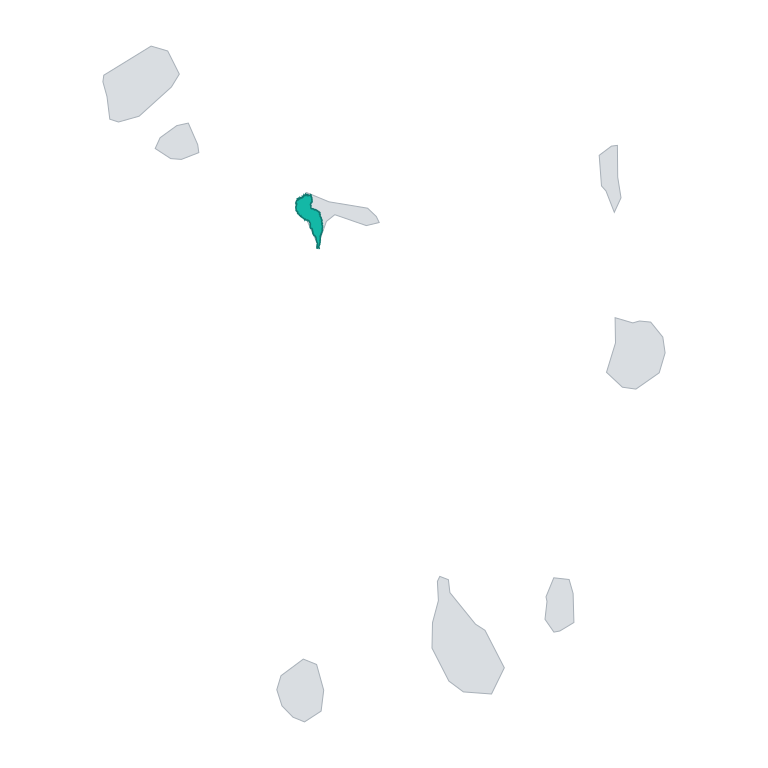 Sao Francisco De Assis, Tarrafal de São Nicolau, Cabo Verde (highlighted)
{"feature_id": "66160863B96931694342339", "entity_name": "Sao Francisco De Assis", "entity_type": "district", "adm_level": 2, "iso_a3": "CPV", "parent_name": "Cabo Verde", "parent_adm1": "Tarrafal de São Nicolau", "projection": "equal_earth", "projection_center": [-24.37, 16.575], "detail": "fine", "context": "in_parent", "style": "filled", "palette": "teal", "viewbox_px": 768, "rotation_deg": 0, "n_neighbors": 0, "source": "geoboundaries", "source_scale": "gbopen_adm2", "svg_char_len": 6170}
<svg xmlns="http://www.w3.org/2000/svg" viewBox="0 0 768 768"><path d="M504.3,667.8L491.5,694.0L463.4,691.9L448.9,681.1L432.0,648.1L432.5,622.7L438.4,600.6L437.4,581.4L439.8,576.4L448.4,579.7L449.9,592.6L475.5,624.2L485.0,630.3L504.3,667.8ZM139.1,116.2L118.5,122.0L109.8,119.2L107.0,96.6L102.9,81.8L103.8,75.2L151.1,46.1L167.7,51.0L179.3,74.1L171.4,87.0L139.1,116.2ZM615.1,317.7L632.8,322.9L639.5,321.0L650.7,322.1L662.8,337.1L665.1,352.9L659.2,372.8L635.9,389.1L622.4,387.2L606.5,372.3L615.5,342.9L615.1,317.7ZM321.1,711.1L304.5,721.9L293.0,717.2L282.0,705.9L276.8,689.7L281.0,675.7L303.3,659.1L316.6,664.5L323.7,690.2L321.1,711.1ZM367.6,208.2L376.3,216.5L379.2,222.5L366.3,225.6L334.8,214.7L326.4,221.4L318.0,244.9L302.0,209.3L303.1,196.3L306.5,192.5L328.9,201.8L367.6,208.2ZM559.8,631.0L553.9,632.1L545.0,619.3L547.0,601.5L546.0,596.8L553.8,577.8L569.1,579.5L573.1,593.5L573.9,622.5L559.8,631.0ZM198.8,152.6L181.4,159.4L170.7,158.6L155.2,148.5L160.1,137.7L176.8,125.6L188.3,123.1L197.7,144.6L198.8,152.6ZM621.0,197.8L614.3,212.3L606.0,191.0L601.5,185.9L599.2,155.3L611.5,146.1L617.4,145.4L617.7,177.1L621.0,197.8Z" fill="#d9dde1" stroke="#a8b0b8" stroke-width="1"/><path d="M310.8,194.2L310.8,194.7L310.7,194.6L310.5,194.9L309.7,195.4L309.2,195.4L308.5,195.6L308.4,195.4L308.3,195.5L308.1,195.3L308.0,195.1L307.9,195.2L307.9,194.9L307.7,194.9L307.6,194.6L307.4,194.6L307.2,194.5L306.9,194.7L306.9,194.8L306.6,194.6L306.4,194.8L306.3,194.6L306.0,194.5L305.9,194.4L305.9,194.5L305.8,194.4L305.8,194.5L305.7,194.5L305.8,194.5L305.7,194.9L305.7,194.7L305.6,195.2L305.3,194.9L305.1,194.9L305.0,194.7L305.0,194.9L304.8,195.1L304.7,195.2L304.7,195.3L304.8,195.3L304.5,195.5L304.2,195.3L304.0,195.1L304.0,195.6L303.9,195.6L303.6,195.7L303.7,196.0L303.6,196.4L303.4,196.6L303.2,196.6L302.8,196.6L302.6,196.9L302.4,196.7L302.4,197.0L302.7,197.3L302.4,197.5L302.3,197.4L302.4,197.6L302.2,197.7L302.0,197.9L301.9,197.9L301.7,197.8L301.4,198.1L301.2,198.1L301.1,197.9L301.1,198.0L300.9,198.0L300.9,197.7L300.5,197.8L300.4,197.9L300.2,197.7L300.2,198.2L299.8,198.5L299.8,198.8L299.6,198.9L299.5,198.5L299.2,198.7L299.0,198.9L298.9,198.8L298.9,198.6L298.8,198.3L298.6,198.5L298.6,198.8L298.5,198.6L298.3,198.5L298.2,198.4L298.1,198.5L297.9,198.8L297.4,198.8L297.5,199.1L297.9,199.2L298.1,199.5L297.9,200.1L297.5,200.0L297.3,199.9L297.4,199.7L297.2,199.8L297.1,200.0L296.9,200.4L296.8,200.5L296.7,200.7L296.5,201.1L296.4,201.2L296.4,201.3L296.2,201.7L296.2,201.8L296.2,202.2L296.2,202.4L296.1,202.6L295.9,202.8L296.0,203.0L295.9,203.1L296.1,203.3L295.9,203.3L296.0,203.7L296.1,203.8L295.9,203.8L296.1,203.8L296.1,204.1L296.3,204.8L296.2,205.3L296.4,205.7L296.2,206.4L295.9,206.6L295.8,207.1L295.9,207.7L295.9,207.9L295.9,208.0L296.0,208.0L296.1,208.3L296.1,209.5L296.1,209.9L296.2,210.0L296.1,210.6L296.7,211.2L297.2,211.2L297.6,211.6L297.8,212.4L297.6,212.7L297.6,212.8L297.5,212.7L297.5,212.9L297.6,213.2L297.9,213.6L298.0,213.6L298.2,213.9L298.7,213.9L299.6,215.4L300.4,215.9L300.5,216.1L300.7,216.3L300.8,216.2L300.8,216.4L301.0,216.4L301.3,216.6L301.9,217.1L302.0,217.4L302.3,217.5L302.6,217.7L303.1,218.0L304.2,218.9L304.3,219.1L304.6,219.5L304.8,219.5L305.0,219.7L305.0,219.8L305.1,219.7L305.1,219.8L305.3,219.7L306.0,220.0L306.5,220.1L307.0,220.0L307.6,220.1L308.4,220.5L308.6,220.7L308.5,220.8L308.8,220.8L309.3,221.3L309.7,222.3L309.7,222.5L310.2,223.0L310.4,223.6L310.4,223.8L310.1,224.0L309.9,223.8L310.1,224.3L310.4,224.6L310.4,224.9L310.4,225.2L310.2,225.5L310.4,226.6L310.2,227.0L310.2,227.3L310.4,227.7L310.5,227.9L310.5,228.1L310.7,228.3L311.1,228.4L311.3,228.6L311.5,228.6L311.8,228.4L312.0,228.7L312.2,228.9L312.1,229.1L312.2,229.5L312.5,230.0L312.4,230.8L312.8,231.4L312.8,231.6L312.8,232.0L312.7,232.2L312.7,232.4L312.8,232.5L313.0,232.8L312.9,233.0L313.0,233.4L312.9,233.5L313.0,233.7L313.1,234.0L313.3,234.1L313.5,234.2L313.7,234.6L313.7,234.9L313.9,235.2L314.0,235.4L314.9,236.0L315.0,236.0L315.4,236.3L315.7,236.9L315.7,237.1L316.1,238.1L316.1,238.5L316.2,238.8L316.1,239.1L316.6,240.9L316.7,241.9L317.0,242.2L317.2,242.7L317.4,242.9L317.5,243.5L317.5,243.8L317.6,244.3L317.3,244.8L317.1,244.8L317.0,245.4L317.2,245.7L317.2,246.2L317.1,246.5L316.9,246.6L316.9,246.9L316.9,247.2L316.9,247.6L317.1,247.8L317.0,248.1L317.3,248.2L317.5,247.8L317.8,247.1L318.0,247.0L318.4,247.2L318.4,247.3L318.8,247.6L318.9,247.9L319.0,248.0L319.2,248.6L319.5,248.9L319.3,248.5L319.0,247.7L319.0,247.2L318.8,246.7L318.8,246.4L319.0,246.0L319.5,244.8L319.8,244.3L319.7,243.8L319.8,243.1L320.1,242.6L320.1,241.0L319.9,240.5L320.2,239.8L320.3,239.8L320.2,238.9L320.3,238.3L320.2,238.0L320.4,237.5L320.4,236.8L320.3,236.5L320.4,236.3L320.2,236.1L320.6,235.8L320.8,234.6L321.2,234.4L321.3,233.9L321.3,233.5L321.2,233.4L321.8,232.2L322.0,232.0L322.1,231.2L322.4,230.5L322.4,230.2L322.2,230.0L322.1,229.8L322.2,229.3L322.1,228.9L322.3,228.6L322.3,227.8L322.6,227.4L322.5,226.7L322.6,226.1L322.5,225.6L322.0,224.9L322.0,224.4L321.9,224.3L322.0,223.9L321.9,223.7L322.3,223.5L322.0,222.9L322.0,222.2L321.8,222.0L321.6,221.5L321.6,221.0L322.0,220.6L321.9,220.4L321.9,219.8L321.5,219.5L321.5,219.3L321.5,219.1L321.3,219.0L321.2,218.6L321.2,218.3L321.0,218.0L321.1,217.6L320.8,217.5L320.7,216.9L320.4,216.7L320.2,216.6L320.1,216.4L320.1,216.1L320.1,215.8L320.1,215.6L320.1,215.4L320.0,215.0L320.2,214.7L319.8,214.3L319.6,214.3L319.7,213.9L319.5,213.2L319.6,212.9L319.9,212.9L319.9,212.6L319.7,212.5L319.4,212.1L318.9,212.1L318.6,212.0L318.5,211.7L318.5,211.4L318.1,211.4L317.8,211.3L317.4,210.7L317.1,210.5L316.7,210.6L315.9,209.7L315.5,209.6L315.3,209.8L315.1,209.9L315.0,209.6L314.6,209.5L314.2,209.7L313.9,209.5L313.6,209.0L313.3,208.9L313.0,208.9L312.8,208.7L311.4,208.7L311.1,208.4L310.9,207.9L310.8,207.3L310.9,207.1L310.8,206.4L311.0,205.5L310.9,205.4L310.5,205.1L310.4,204.6L310.5,204.4L310.5,204.2L310.7,203.7L310.8,203.1L311.2,203.0L311.4,202.5L311.6,202.6L312.1,201.9L312.1,201.1L311.9,200.8L312.0,200.3L312.0,199.4L311.9,199.3L311.7,199.3L311.6,199.1L311.7,198.7L311.9,198.2L311.9,197.9L311.6,197.3L311.4,197.3L311.0,196.6L311.0,196.3L311.1,196.2L310.9,196.0L310.9,195.8L311.1,195.3L311.0,195.0L310.9,194.9L310.8,194.2Z" fill="#14b8a6" stroke="#0f766e" stroke-width="1.5"/></svg>